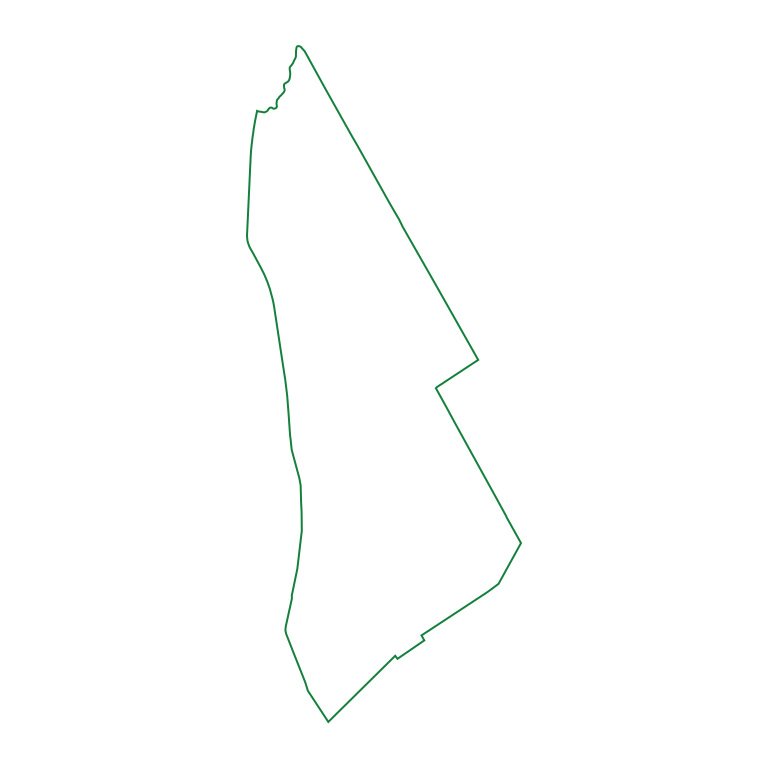 Esteban Echeverría, Buenos Aires, Argentina
{"feature_id": "61730980B71301112531283", "entity_name": "Esteban Echeverría", "entity_type": "district", "adm_level": 2, "iso_a3": "ARG", "parent_name": "Argentina", "parent_adm1": "Buenos Aires", "projection": "equal_earth", "projection_center": [-58.504, -34.825], "detail": "fine", "context": "isolated", "style": "outline", "palette": "green", "viewbox_px": 768, "rotation_deg": 0, "n_neighbors": 0, "source": "geoboundaries", "source_scale": "gbopen_adm2", "svg_char_len": 2793}
<svg xmlns="http://www.w3.org/2000/svg" viewBox="0 0 768 768"><path d="M257.1,110.9L255.7,117.9L255.1,120.8L254.6,123.7L254.1,126.7L253.6,129.7L253.3,132.6L252.8,135.5L252.6,137.0L252.4,138.5L252.1,141.4L251.7,144.4L251.4,147.3L251.1,150.3L250.9,153.3L250.7,156.2L247.0,235.8L247.1,237.0L247.2,238.5L247.6,241.4L248.5,244.3L249.7,247.3L251.3,250.2L253.0,253.1L260.8,267.6L262.3,270.6L263.8,273.5L265.1,276.4L266.3,279.3L267.5,282.2L268.7,285.7L269.4,287.6L270.1,289.9L270.7,292.1L272.6,299.1L273.1,301.3L273.5,303.3L274.0,306.0L283.1,365.9L285.3,380.1L287.1,395.0L287.3,397.2L288.6,414.1L290.1,435.7L290.6,439.3L291.5,447.9L291.6,449.0L291.8,450.2L299.4,478.4L299.8,480.8L300.2,482.8L300.4,484.2L300.7,485.7L300.7,487.3L301.1,502.0L301.6,512.1L301.8,530.9L297.3,569.0L291.8,595.5L291.9,598.6L285.8,626.3L285.4,630.2L286.1,633.7L294.1,654.2L305.2,682.2L307.9,690.8L328.3,721.9L395.2,655.8L397.5,658.8L424.3,640.4L421.5,635.4L487.4,592.1L498.5,583.9L521.0,543.1L506.6,517.3L506.4,516.5L497.2,499.7L478.3,465.4L454.4,422.0L446.3,407.0L435.9,388.2L436.9,387.1L478.2,359.9L454.9,318.7L435.7,284.7L415.1,248.6L402.8,227.0L399.0,219.3L389.5,203.0L357.7,146.1L351.5,135.4L345.2,124.2L325.7,89.4L305.1,52.0L304.5,51.1L304.1,50.6L303.3,49.7L302.6,49.0L302.2,48.5L301.6,47.8L301.0,47.1L300.4,46.7L299.7,46.4L299.2,46.2L298.5,46.1L297.9,46.1L297.3,46.3L296.9,46.8L296.6,47.4L296.4,48.1L296.3,49.4L296.0,50.8L296.0,51.7L296.0,52.6L296.0,53.4L295.9,54.5L295.9,55.1L296.0,55.9L295.8,56.9L295.6,57.5L295.3,58.4L294.9,59.0L294.6,59.6L294.3,60.2L293.8,61.2L293.5,61.9L293.1,62.8L292.8,63.4L292.4,64.0L291.9,64.6L291.6,65.2L291.1,65.7L290.6,66.2L290.1,66.9L289.8,67.3L289.7,68.2L289.7,69.0L289.8,69.9L289.9,70.8L290.1,71.7L290.1,72.3L290.2,73.1L290.2,73.8L290.2,74.9L290.0,75.9L289.9,76.7L289.9,77.4L289.7,78.1L289.4,79.3L289.1,80.1L288.8,80.6L288.3,81.2L287.8,81.7L287.4,82.0L286.9,82.3L286.4,82.6L285.9,82.9L285.4,83.2L284.7,83.7L284.3,84.1L284.0,84.9L283.9,85.6L284.0,86.5L284.1,87.2L284.2,88.0L284.5,88.7L284.6,89.4L284.6,90.3L284.4,91.0L284.1,91.8L283.7,92.4L283.3,92.8L282.9,93.3L282.3,93.9L281.9,94.3L281.5,94.8L281.1,95.3L280.7,95.7L280.2,96.1L279.7,96.5L279.3,97.0L278.8,97.7L278.6,98.2L278.2,98.7L277.6,99.3L277.2,99.7L277.0,100.4L276.8,101.0L276.7,101.9L276.6,102.7L276.5,103.6L276.6,104.3L276.7,104.9L276.8,105.8L276.9,106.5L276.6,107.2L276.3,107.8L275.9,108.1L275.2,108.4L274.7,108.6L274.0,108.7L273.5,108.7L272.8,108.4L272.3,108.0L271.8,107.7L271.3,107.6L270.7,107.6L270.1,107.7L269.6,108.0L269.1,108.4L268.6,109.0L268.1,109.7L267.8,110.2L267.4,110.8L266.7,111.4L266.2,111.6L265.6,111.9L265.1,112.1L264.6,112.3L264.1,112.3L263.5,112.3L262.9,112.2L262.2,112.0L261.6,111.9L260.9,111.8L259.8,111.6L259.1,111.6L258.5,111.4L257.8,111.2L257.1,110.9Z" fill="none" stroke="#15803d" stroke-width="2"/></svg>